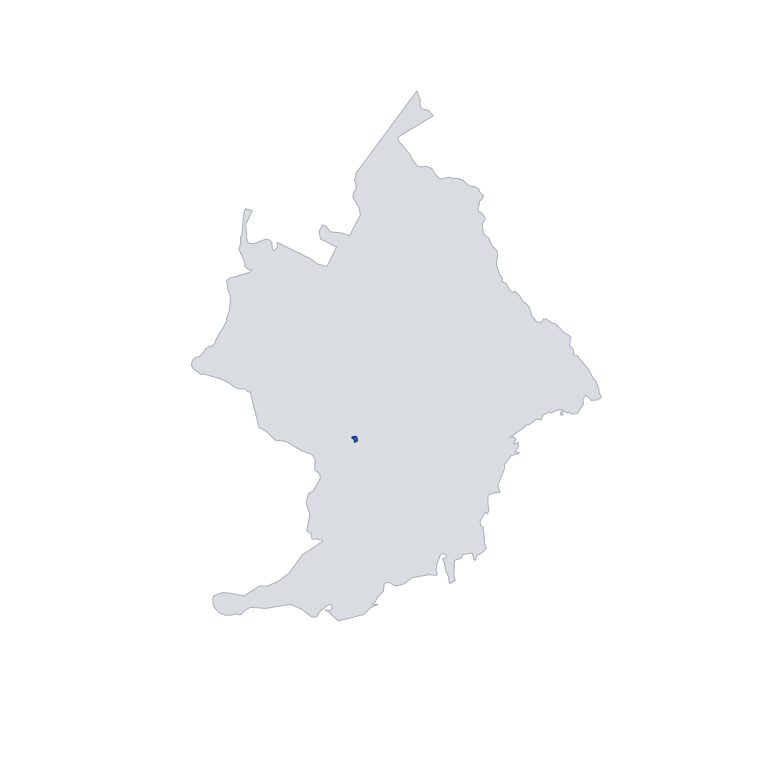 Belén, Boyacá, Colombia shown in context, rotated 206°
{"feature_id": "7082276B18043076208470", "entity_name": "Belén", "entity_type": "district", "adm_level": 2, "iso_a3": "COL", "parent_name": "Colombia", "parent_adm1": "Boyacá", "projection": "mercator", "projection_center": [-72.876, 6.017], "detail": "fine", "context": "in_parent", "style": "filled", "palette": "blue", "viewbox_px": 768, "rotation_deg": 206, "n_neighbors": 0, "source": "geoboundaries", "source_scale": "gbopen_adm2", "svg_char_len": 5046}
<svg xmlns="http://www.w3.org/2000/svg" viewBox="0 0 768 768"><g transform="rotate(206 384 384)"><path d="M438.0,125.5L430.9,128.5L416.9,132.1L407.3,148.0L400.7,150.8L392.6,160.2L386.7,171.8L382.2,195.4L370.2,215.4L371.2,216.3L376.0,215.4L380.4,213.2L382.1,213.9L383.7,217.4L389.1,218.3L393.5,234.4L401.7,242.7L402.6,245.8L403.7,252.5L400.7,256.6L399.9,271.3L402.4,275.0L408.6,276.5L412.7,285.6L415.3,287.8L419.1,289.2L428.1,287.8L444.4,289.3L448.2,289.0L457.3,285.8L468.9,289.8L477.5,290.4L500.7,318.1L503.1,317.3L506.0,318.9L511.9,316.1L517.0,315.6L523.6,317.0L532.4,317.0L550.0,314.1L552.7,312.5L562.3,314.1L565.2,316.2L566.6,321.3L565.4,324.5L562.1,327.8L560.2,331.9L559.9,336.9L558.1,340.6L555.0,343.0L553.8,346.5L554.5,351.1L552.8,371.9L554.2,373.6L555.2,382.1L559.2,393.2L561.2,396.4L564.6,399.0L570.8,408.1L569.4,411.2L553.5,425.5L552.7,428.8L555.8,427.4L560.7,428.8L562.3,432.2L574.2,442.1L574.0,445.9L577.4,453.4L576.8,455.1L585.0,476.3L585.3,480.8L578.4,482.1L578.2,467.8L577.2,464.9L569.5,452.2L567.9,451.2L562.7,452.7L554.1,462.0L550.1,463.4L546.9,462.1L543.7,456.5L541.6,455.5L539.5,460.2L542.2,464.4L504.3,464.3L496.9,462.6L486.8,464.7L486.7,486.2L504.6,486.5L509.5,492.7L509.0,497.7L509.8,499.5L505.5,500.6L499.2,497.2L488.1,501.2L480.0,502.2L479.4,525.9L484.3,531.9L493.9,538.2L495.3,542.5L494.6,546.6L496.9,551.7L500.0,554.4L500.0,557.5L501.6,560.9L482.9,661.8L476.2,655.6L473.8,650.1L470.5,647.8L464.2,649.5L457.4,646.7L479.3,612.5L478.6,609.4L460.3,601.1L458.4,599.0L449.7,594.5L444.9,595.8L442.1,598.0L435.5,598.7L430.1,595.1L423.7,592.7L416.0,598.4L413.7,598.4L408.3,600.9L402.4,601.8L394.8,599.3L388.6,601.1L384.3,600.7L382.7,598.9L377.2,596.8L376.6,594.5L378.2,590.3L375.8,582.0L374.9,580.6L370.8,580.5L365.9,577.4L365.0,575.6L366.0,572.3L365.1,569.4L360.4,562.7L353.8,561.0L347.4,555.4L341.1,553.5L338.2,549.5L335.4,540.6L328.8,533.6L324.2,531.2L322.7,528.0L317.9,527.6L311.5,523.0L308.7,522.7L306.7,524.9L300.7,522.6L295.7,519.3L290.4,518.4L287.0,516.3L280.7,509.9L274.0,506.8L270.1,507.9L268.8,512.7L266.6,513.5L258.8,512.3L257.5,513.3L255.5,513.1L246.1,509.6L236.7,508.3L234.4,500.3L228.4,497.4L226.6,493.6L222.4,494.0L206.4,486.7L199.8,481.6L194.1,478.8L188.2,473.1L187.3,470.8L182.7,467.5L185.0,463.3L190.4,460.1L197.6,462.6L198.5,457.6L195.9,453.2L197.1,443.2L199.0,441.0L202.9,439.0L205.4,439.8L206.9,438.1L212.7,438.9L214.5,438.2L219.0,434.2L220.9,431.0L222.9,431.3L227.6,425.9L226.9,420.6L231.3,419.4L236.0,410.6L238.0,410.3L239.1,406.2L247.3,391.6L244.3,393.3L241.1,392.3L241.6,387.4L240.6,386.8L238.0,390.6L235.7,386.7L236.3,380.5L232.6,381.6L232.8,380.2L238.1,375.5L240.4,364.7L238.6,360.9L237.5,344.7L236.5,341.6L232.1,337.6L239.1,333.0L241.6,329.5L238.4,322.4L234.3,316.3L234.2,312.7L236.7,313.0L237.6,303.0L235.3,299.2L232.4,299.1L223.2,284.3L220.0,281.2L222.4,274.1L225.2,270.9L224.6,265.5L226.4,265.8L230.4,270.7L232.0,269.9L238.2,265.3L238.4,260.9L243.4,256.4L236.4,241.1L234.0,238.8L236.8,233.9L238.4,234.1L241.2,238.9L245.5,242.0L252.0,250.5L254.8,252.4L252.8,254.3L252.3,256.3L253.3,257.5L256.9,257.7L258.4,255.4L257.4,245.0L255.9,239.9L252.5,236.2L253.6,234.7L260.1,232.2L273.8,222.3L278.5,213.0L282.1,209.7L286.1,207.5L291.1,208.0L294.9,206.8L296.1,203.9L293.6,197.4L296.5,188.6L296.4,184.1L298.3,181.4L297.6,180.4L292.6,183.5L297.8,177.3L301.3,167.8L321.3,150.9L334.2,155.0L338.3,154.8L332.9,156.9L332.1,159.3L334.0,161.8L336.0,162.6L337.6,160.9L342.0,151.1L342.6,145.7L344.5,143.8L347.3,143.1L359.9,145.5L372.0,144.7L391.6,130.6L406.4,124.6L410.0,118.8L411.0,114.5L413.7,112.8L416.5,112.8L418.2,110.4L425.0,106.6L432.3,106.2L439.9,109.5L443.5,115.3L444.1,119.3L438.0,125.5ZM212.9,437.1L212.1,437.8L210.3,436.5L209.8,434.9L210.8,433.6L212.2,434.0L212.9,437.1Z" fill="#d9dde1" stroke="#a8b0b8" stroke-width="1"/><path d="M388.6,321.4L388.5,321.5L388.4,321.6L388.3,321.8L388.2,321.8L387.9,321.8L387.8,321.7L387.7,321.7L387.7,321.8L387.5,322.0L387.4,322.0L387.4,321.9L387.2,321.8L386.9,321.8L386.9,321.7L386.7,321.5L386.7,321.4L386.7,321.2L386.7,320.9L386.4,320.8L386.3,320.7L386.2,320.7L385.9,320.5L385.8,320.4L385.7,320.3L385.7,320.2L385.4,319.9L385.3,319.7L385.2,319.7L385.1,319.4L385.0,319.1L385.0,318.9L384.9,318.9L384.9,319.0L384.9,319.3L384.7,319.3L384.5,319.6L384.4,319.6L384.2,319.6L384.2,319.8L383.9,320.0L383.9,320.3L383.9,320.5L383.7,320.8L383.7,321.0L383.6,321.3L383.4,321.4L383.3,321.5L383.5,321.7L383.5,321.8L383.4,321.8L383.5,321.9L383.6,322.0L383.8,322.2L383.8,322.3L384.0,322.4L384.0,322.5L384.1,322.8L384.3,322.9L384.4,323.0L384.5,323.0L384.8,323.4L384.9,323.5L385.0,323.6L385.1,323.8L385.2,324.0L385.3,324.1L385.5,324.1L385.8,324.2L385.9,324.3L386.0,324.3L386.1,324.2L386.3,324.2L386.4,323.9L386.5,324.0L386.9,324.1L387.1,324.0L387.2,323.9L387.3,323.7L387.5,323.7L387.8,323.5L387.8,323.4L387.9,323.2L388.0,323.1L388.3,323.0L388.4,322.9L388.5,322.9L388.6,322.7L388.8,322.6L389.0,322.5L389.0,322.4L389.2,322.2L389.3,322.0L389.2,321.9L389.1,321.7L388.9,321.6L388.7,321.6L388.7,321.4L388.7,321.5L388.6,321.4L388.6,321.4Z" fill="#3b82f6" stroke="#1e3a8a" stroke-width="1.5"/></g></svg>